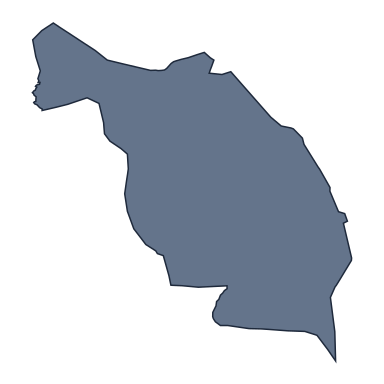 Oji-River, Enugu, Nigeria
{"feature_id": "59680162B15532351721986", "entity_name": "Oji-River", "entity_type": "district", "adm_level": 2, "iso_a3": "NGA", "parent_name": "Nigeria", "parent_adm1": "Enugu", "projection": "mercator", "projection_center": [7.259, 6.159], "detail": "fine", "context": "isolated", "style": "filled", "palette": "slate", "viewbox_px": 384, "rotation_deg": 0, "n_neighbors": 0, "source": "geoboundaries", "source_scale": "gbopen_adm2", "svg_char_len": 1736}
<svg xmlns="http://www.w3.org/2000/svg" viewBox="0 0 384 384"><path d="M204.3,52.4L197.3,54.6L188.2,57.7L181.1,59.4L180.4,59.6L176.0,60.9L173.6,61.7L171.1,63.5L166.7,68.4L164.5,70.0L161.7,70.4L158.3,70.6L158.2,70.6L155.7,70.2L150.6,70.4L123.4,64.0L107.3,60.1L95.2,50.5L83.4,42.8L72.3,35.5L59.4,27.1L53.3,23.0L41.8,30.6L36.0,36.5L32.7,39.8L35.8,56.6L40.3,70.9L37.9,78.7L38.8,80.8L38.8,81.0L38.1,82.5L40.0,82.5L39.5,84.3L37.1,84.8L36.1,85.5L35.5,86.4L36.8,87.1L35.8,88.7L35.3,90.2L34.1,90.7L32.4,92.7L33.5,93.6L34.1,95.2L36.1,96.8L35.9,99.5L35.8,101.5L34.5,101.7L33.7,102.5L34.6,103.8L37.0,104.8L39.6,107.6L42.2,109.0L42.1,110.5L55.0,107.5L57.1,107.0L67.8,104.3L83.5,99.0L87.1,97.8L99.0,103.4L103.0,120.1L103.6,122.7L104.1,129.2L104.5,133.8L110.0,141.2L121.0,148.6L127.4,154.1L128.3,168.9L127.6,174.0L126.6,180.4L124.7,193.8L127.4,211.3L133.8,228.8L142.1,239.6L145.8,244.5L155.8,250.9L157.4,253.6L163.3,255.6L168.8,275.2L168.9,275.5L170.9,285.2L172.6,285.3L182.0,285.7L198.4,287.2L227.0,285.8L227.1,288.7L224.4,290.6L222.7,293.1L220.5,295.1L218.8,299.4L216.6,301.5L216.0,305.9L214.3,309.3L212.8,312.4L212.7,316.6L213.4,318.7L215.4,321.8L218.0,323.7L220.4,325.5L227.7,325.5L249.0,328.6L261.4,328.9L268.8,329.4L287.6,330.8L304.8,331.4L314.6,334.5L317.0,335.3L323.7,344.2L327.5,349.2L335.6,361.0L334.8,331.6L330.4,297.4L335.0,287.0L336.3,285.3L340.5,278.5L349.2,264.1L351.4,260.5L351.6,258.0L343.4,223.2L347.4,221.2L344.7,213.6L338.5,211.7L329.9,191.2L330.0,187.5L319.7,169.3L318.0,166.9L304.0,144.4L302.4,138.1L293.4,128.9L291.1,128.0L281.2,126.0L270.8,117.2L242.3,84.8L230.8,71.7L222.0,74.5L209.3,73.2L209.2,73.2L210.4,69.6L211.6,66.5L213.9,60.1L212.0,58.9L210.2,57.7L204.3,52.4Z" fill="#64748b" stroke="#1e293b" stroke-width="1.5"/></svg>